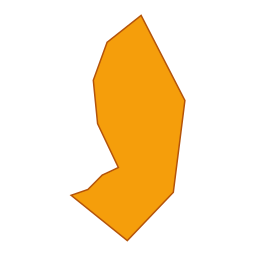 an SVG outline of Annobón
{"feature_id": "GNQ-1467", "entity_name": "Annobón", "entity_type": "Province", "adm_level": 1, "iso_a3": "GNQ", "parent_name": "Equatorial Guinea", "parent_adm1": "", "projection": "robinson", "projection_center": [5.626, -1.446], "detail": "fine", "context": "isolated", "style": "filled", "palette": "amber", "viewbox_px": 256, "rotation_deg": 0, "n_neighbors": 0, "source": "natural_earth", "source_scale": "10m", "svg_char_len": 269}
<svg xmlns="http://www.w3.org/2000/svg" viewBox="0 0 256 256"><path d="M118.4,167.5L97.6,123.7L93.3,80.3L107.1,42.3L141.1,15.4L184.9,100.5L173.3,192.3L127.3,240.6L71.1,195.3L87.9,189.5L102.2,175.1L118.4,167.5Z" fill="#f59e0b" stroke="#b45309" stroke-width="1.5"/></svg>